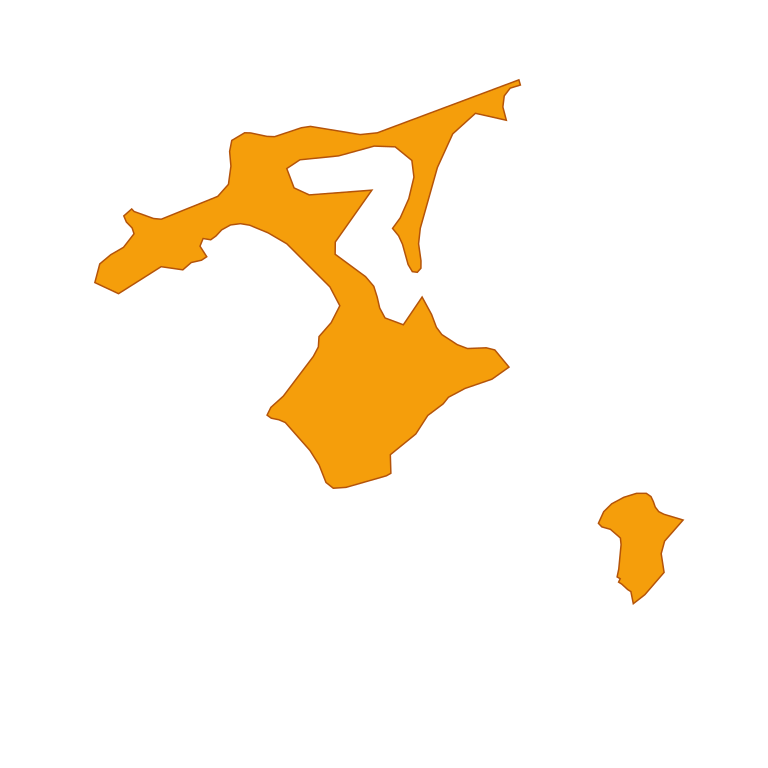 outline of Chatham Islands Territory, rotated 344°
{"feature_id": "NZL-5470", "entity_name": "Chatham Islands Territory", "entity_type": "Special Island Authority", "adm_level": 1, "iso_a3": "NZL", "parent_name": "New Zealand", "parent_adm1": "", "projection": "equal_earth", "projection_center": [-176.452, -44.022], "detail": "fine", "context": "isolated", "style": "filled", "palette": "amber", "viewbox_px": 768, "rotation_deg": 344, "n_neighbors": 0, "source": "natural_earth", "source_scale": "10m", "svg_char_len": 1912}
<svg xmlns="http://www.w3.org/2000/svg" viewBox="0 0 768 768"><g transform="rotate(344 384 384)"><path d="M453.5,275.8L451.4,282.9L446.8,285.8L442.2,283.8L440.1,275.8L440.3,254.8L438.9,245.6L435.1,236.8L445.4,228.8L458.9,212.7L469.8,193.4L472.4,176.8L460.1,159.1L440.1,152.6L403.2,152.2L365.0,145.3L349.9,150.1L351.6,170.7L364.2,181.6L425.8,194.3L376.3,234.1L372.8,245.8L395.9,275.8L401.1,287.3L401.4,298.6L400.8,309.8L403.2,320.8L418.9,332.4L444.6,310.9L448.9,330.3L450.0,343.9L453.2,352.4L465.2,366.3L474.0,372.9L492.3,377.4L499.9,381.8L508.8,402.2L489.2,409.1L460.6,410.6L442.3,414.5L435.4,419.4L417.4,426.3L400.8,440.8L370.6,453.7L366.0,471.7L361.0,472.9L319.0,472.9L306.5,470.2L301.1,462.7L299.3,443.9L294.5,427.5L278.5,393.8L273.1,389.4L266.2,385.8L263.0,381.7L268.8,375.3L283.9,367.9L323.7,338.0L331.1,330.3L334.6,320.5L350.1,310.5L363.1,296.6L358.8,275.8L329.2,222.4L314.3,206.8L298.6,194.3L290.2,190.3L280.3,188.8L270.4,191.1L263.3,195.4L257.2,197.6L250.2,194.3L245.1,200.8L248.7,212.8L242.7,214.7L232.2,214.1L222.1,218.8L202.1,209.8L153.7,224.0L134.0,206.8L143.9,190.2L157.0,184.4L171.3,180.8L185.1,170.7L184.9,164.6L181.0,157.3L180.2,150.7L189.7,146.2L191.3,149.3L208.1,161.4L215.3,164.2L275.9,157.8L289.5,149.2L296.9,132.4L299.7,117.9L304.8,107.9L319.3,104.1L325.0,105.9L339.7,113.7L347.0,116.1L375.2,114.9L384.3,116.1L429.9,137.7L446.8,140.7L597.5,128.8L597.5,134.2L586.8,134.4L579.0,140.2L574.6,150.5L574.3,164.2L546.5,149.0L519.0,162.5L495.0,190.6L461.8,244.3L455.9,258.7L453.5,275.8ZM612.9,582.4L617.2,586.4L634.0,597.2L610.4,612.4L603.7,623.5L601.3,642.3L576.7,658.4L563.1,663.9L564.1,651.6L561.6,648.8L557.4,641.9L554.9,639.1L557.4,636.3L554.9,633.7L558.7,626.5L567.6,603.8L568.8,597.2L561.6,586.1L554.0,581.4L551.7,577.0L560.0,567.3L569.9,561.9L583.3,559.0L596.6,558.7L606.0,561.4L609.6,565.8L610.5,571.3L610.8,577.0L612.9,582.4Z" fill="#f59e0b" stroke="#b45309" stroke-width="1.5"/></g></svg>